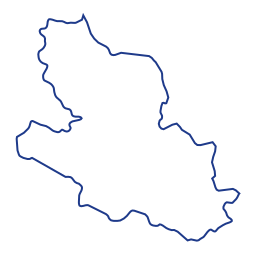 L'Aquila, Albers equal-area conic projection
{"feature_id": "ITA-5420", "entity_name": "L'Aquila", "entity_type": "Province", "adm_level": 1, "iso_a3": "ITA", "parent_name": "Italy", "parent_adm1": "", "projection": "albers", "projection_center": [13.512, 42.145], "detail": "fine", "context": "isolated", "style": "outline", "palette": "blue", "viewbox_px": 256, "rotation_deg": 0, "n_neighbors": 0, "source": "natural_earth", "source_scale": "10m", "svg_char_len": 3909}
<svg xmlns="http://www.w3.org/2000/svg" viewBox="0 0 256 256"><path d="M83.3,15.4L87.0,22.3L90.8,33.6L94.2,38.6L98.3,42.6L106.1,46.6L107.8,48.1L108.8,49.7L110.2,53.4L111.5,54.7L113.3,55.1L115.2,54.9L121.1,52.8L149.1,56.1L151.8,57.9L153.9,60.5L155.7,62.2L161.5,71.7L162.1,73.8L162.3,79.1L163.8,85.1L166.6,91.4L168.3,97.5L166.3,103.2L165.1,103.4L163.7,102.8L162.5,103.0L161.4,106.0L160.5,110.9L160.5,112.5L161.0,113.6L162.0,115.6L162.1,117.0L161.8,118.6L161.1,119.3L160.4,119.7L159.6,120.7L158.8,123.8L159.6,126.6L161.4,128.6L163.6,129.2L172.4,124.7L176.7,123.6L180.0,127.0L181.9,129.8L189.7,134.6L194.9,143.1L197.3,145.0L200.5,145.1L212.6,142.2L215.7,146.3L215.1,151.4L213.2,156.9L212.0,162.3L214.7,171.1L215.1,175.9L212.2,178.5L213.5,181.1L215.5,187.5L216.7,189.7L218.7,190.7L232.9,188.9L235.8,190.3L239.3,193.5L239.0,193.8L237.2,197.5L236.6,198.4L236.1,199.1L232.5,202.8L231.2,202.9L226.8,202.3L225.7,202.9L224.7,204.1L223.5,206.7L223.4,208.1L223.6,209.0L224.8,210.4L225.6,211.6L226.2,212.8L226.8,214.7L227.1,215.5L228.0,216.8L228.5,217.4L230.6,218.8L231.1,219.3L231.6,219.8L231.8,220.4L231.8,221.0L231.0,221.7L229.6,222.4L225.8,223.7L222.9,225.2L218.3,228.1L215.7,231.1L214.9,231.5L213.6,231.2L211.2,229.7L210.2,229.7L209.1,230.3L207.5,231.9L204.0,236.5L203.2,237.2L200.0,239.1L199.0,240.0L197.8,240.5L196.6,240.6L191.1,239.4L187.6,240.4L177.7,231.7L174.2,230.0L171.6,230.1L168.7,229.2L166.4,228.1L162.7,225.5L160.9,224.6L159.7,224.4L159.0,224.9L158.4,225.4L157.4,225.8L155.9,225.9L153.2,225.5L151.6,224.9L150.6,224.2L150.0,223.5L149.6,222.7L149.0,221.2L147.9,217.9L147.5,216.9L146.7,215.9L145.1,214.3L134.3,210.7L132.6,210.5L131.9,210.7L131.1,211.1L129.9,212.2L126.9,215.9L123.9,218.5L120.2,220.5L117.2,220.9L114.0,220.9L112.3,220.6L111.1,220.3L110.4,219.8L109.8,219.2L109.2,218.6L108.8,217.9L108.5,217.2L108.3,216.4L107.4,215.3L106.0,214.1L88.4,205.3L87.4,205.1L86.4,205.2L85.5,205.3L83.3,205.9L81.3,206.2L80.3,206.0L79.5,205.5L79.2,204.7L79.0,203.8L78.9,202.9L78.9,201.8L79.2,195.5L79.5,194.5L79.8,193.7L81.4,190.6L81.7,189.7L81.9,188.8L82.0,187.7L81.7,186.5L80.8,185.4L78.9,183.7L76.7,183.0L74.8,181.8L72.2,178.4L71.3,177.6L70.4,177.1L68.8,176.9L68.4,176.8L65.5,176.9L32.1,157.9L31.2,158.1L30.7,158.6L29.4,159.0L27.5,159.0L23.4,157.9L21.0,156.7L19.6,155.8L19.1,155.0L18.8,154.3L17.7,151.0L17.5,150.2L16.7,139.3L16.7,138.5L17.0,136.9L19.9,135.2L20.0,135.1L23.9,132.8L27.9,128.9L28.7,127.9L29.1,127.1L29.5,126.3L30.2,123.8L30.9,121.7L31.8,121.1L32.6,121.0L40.5,124.7L46.1,126.1L49.1,127.8L52.4,130.3L53.4,130.9L54.7,131.4L57.2,132.1L58.6,132.1L59.6,131.8L61.0,130.5L62.1,129.7L62.8,129.9L64.7,131.0L66.5,131.5L67.5,131.4L68.4,131.1L69.1,130.6L69.7,130.0L70.1,129.3L70.5,128.6L70.6,127.8L70.3,127.1L69.6,125.7L69.4,124.8L69.6,123.7L70.3,122.7L72.4,121.4L79.2,119.9L80.9,119.2L81.6,118.3L81.2,117.7L80.6,117.2L79.7,116.9L78.8,116.7L75.7,116.7L73.8,116.3L73.0,115.9L72.4,115.4L72.0,114.7L71.7,113.9L71.3,112.1L71.0,111.3L70.7,110.5L70.2,110.0L69.8,109.6L69.3,109.3L65.8,108.4L65.1,108.1L64.4,107.6L63.8,107.0L63.3,106.4L61.2,102.0L60.8,101.3L60.3,100.7L56.7,97.5L56.2,96.9L55.3,95.4L54.8,93.8L54.3,92.0L53.8,88.2L53.5,87.4L53.2,86.7L52.3,85.4L51.2,84.2L49.2,82.8L44.5,80.5L43.9,79.9L43.5,79.0L43.2,77.8L43.1,75.8L43.3,74.6L43.9,73.4L46.7,68.5L47.3,66.7L47.3,65.4L46.8,64.8L46.1,64.4L42.7,63.1L41.3,62.1L40.7,61.6L39.7,60.3L39.0,58.9L38.7,57.8L38.5,56.4L38.3,54.2L38.6,52.9L38.9,51.9L39.4,51.2L42.0,49.4L42.8,48.7L43.7,47.7L44.9,45.7L45.3,44.3L45.3,43.2L45.0,41.6L44.9,41.0L45.0,39.5L45.0,38.6L44.7,37.7L44.4,37.0L43.8,36.4L43.2,35.9L41.2,34.4L40.6,33.7L40.1,32.8L39.7,31.3L39.8,30.4L40.3,29.6L40.9,29.1L41.6,28.8L44.6,28.5L45.6,28.1L46.8,26.7L47.3,24.9L47.7,21.7L48.2,20.3L48.9,19.4L49.7,19.2L50.7,19.3L52.5,19.7L55.1,20.6L57.0,21.1L62.1,21.2L63.0,21.5L64.6,22.1L65.3,22.6L67.0,23.1L68.0,23.1L70.7,22.7L74.6,22.9L75.6,22.8L76.4,22.5L82.0,19.7L83.3,15.4Z" fill="none" stroke="#1e3a8a" stroke-width="2"/></svg>